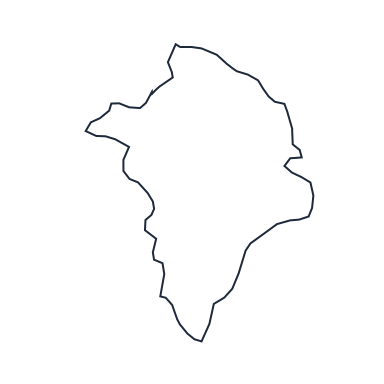 outline of Okcheon-gun, North Chungcheong, South Korea, rotated 107°
{"feature_id": "91817680B1659695850463", "entity_name": "Okcheon-gun", "entity_type": "district", "adm_level": 2, "iso_a3": "KOR", "parent_name": "South Korea", "parent_adm1": "North Chungcheong", "projection": "mercator", "projection_center": [127.662, 36.302], "detail": "fine", "context": "isolated", "style": "outline", "palette": "slate", "viewbox_px": 384, "rotation_deg": 107, "n_neighbors": 0, "source": "geoboundaries", "source_scale": "gbopen_adm2", "svg_char_len": 1136}
<svg xmlns="http://www.w3.org/2000/svg" viewBox="0 0 384 384"><g transform="rotate(107 192 192)"><path d="M332.1,139.2L313.2,136.8L292.6,138.4L283.5,130.2L272.8,125.2L256.3,123.6L232.4,123.6L224.1,121.1L211.0,111.2L197.8,101.3L190.4,89.8L187.1,81.5L181.3,73.3L172.2,72.5L159.9,74.9L148.3,81.5L145.8,91.4L144.2,102.1L140.1,111.2L131.0,107.9L126.9,97.2L120.3,101.3L117.0,109.6L103.0,114.5L102.5,114.5L87.3,124.4L80.7,129.4L81.5,139.2L78.2,146.7L72.5,154.1L65.9,161.5L63.4,173.0L63.4,184.6L61.8,189.5L59.3,196.1L53.5,208.5L51.9,225.0L53.5,234.9L56.8,245.6L55.5,250.8L74.9,253.0L83.2,246.4L88.1,243.9L100.5,253.8L104.6,256.3L109.6,258.8L107.9,259.6L120.3,262.1L126.9,266.2L129.4,276.9L128.5,287.6L131.0,295.0L138.4,295.0L148.3,301.6L154.9,309.1L164.8,311.5L166.4,300.0L164.0,290.9L164.0,281.0L167.3,265.4L181.3,267.0L192.0,263.7L197.8,255.5L198.6,246.4L206.0,234.0L212.6,226.6L219.2,223.3L225.8,224.1L232.4,228.3L242.3,225.8L247.2,212.6L261.2,211.8L267.8,208.5L268.7,199.4L278.6,194.5L301.1,191.8L300.8,186.2L305.8,178.0L318.1,168.9L322.2,164.8L328.8,154.9L332.1,146.7L332.1,139.2Z" fill="none" stroke="#1e293b" stroke-width="2"/></g></svg>